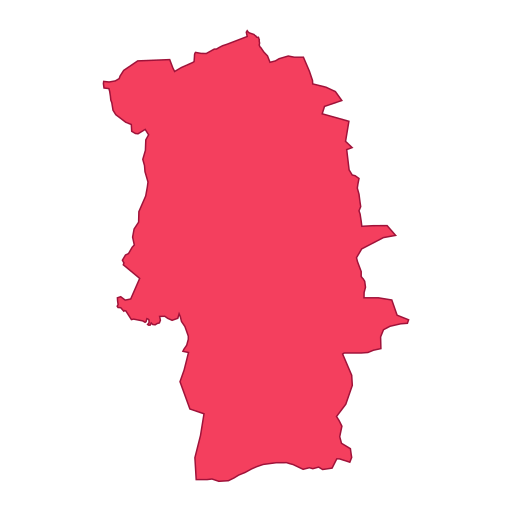 Song, Adamawa, Nigeria (Albers equal-area conic projection), rotated 90°
{"feature_id": "59680162B82996162763265", "entity_name": "Song", "entity_type": "district", "adm_level": 2, "iso_a3": "NGA", "parent_name": "Nigeria", "parent_adm1": "Adamawa", "projection": "albers", "projection_center": [12.591, 9.831], "detail": "fine", "context": "isolated", "style": "filled", "palette": "rose", "viewbox_px": 512, "rotation_deg": 90, "n_neighbors": 0, "source": "geoboundaries", "source_scale": "gbopen_adm2", "svg_char_len": 3158}
<svg xmlns="http://www.w3.org/2000/svg" viewBox="0 0 512 512"><g transform="rotate(90 256 256)"><path d="M264.8,388.7L278.4,372.3L299.0,381.3L300.1,386.8L296.7,391.3L297.8,394.6L300.9,394.4L304.6,393.9L306.2,394.8L307.5,394.0L307.7,391.3L311.2,388.2L310.6,387.4L311.0,386.1L319.6,380.6L319.1,378.4L320.9,369.3L322.3,366.9L321.6,365.9L318.6,365.1L318.9,364.2L319.8,363.1L322.5,362.9L324.5,364.4L325.2,363.3L325.1,361.8L323.0,360.8L324.5,359.3L324.8,356.8L323.6,355.0L322.9,352.6L320.2,351.6L316.4,352.4L316.3,347.2L318.4,344.2L320.3,339.9L318.3,334.2L313.8,332.9L316.6,331.7L321.5,330.5L326.5,327.1L330.4,325.7L336.1,323.7L339.3,323.7L345.2,325.3L349.4,328.2L351.3,329.1L352.5,323.5L354.9,324.1L360.6,325.5L370.1,327.9L381.7,332.0L409.0,322.1L413.8,308.0L435.5,311.5L457.7,317.1L479.6,315.8L479.6,305.0L479.0,300.0L481.3,293.2L480.7,283.6L477.9,277.9L475.1,273.4L472.3,266.6L468.9,260.4L466.7,255.4L464.8,249.9L464.4,248.6L462.7,235.6L462.7,227.7L462.6,225.6L463.7,222.1L464.5,219.0L469.3,208.9L467.7,202.6L468.7,199.2L467.1,193.4L469.5,189.4L468.1,179.9L458.8,175.2L458.9,172.4L460.3,168.1L460.5,167.3L461.4,164.6L462.2,162.2L457.4,160.3L454.5,160.8L448.7,161.6L443.3,170.5L436.7,172.3L426.2,170.1L420.6,172.9L416.5,175.5L404.2,166.2L385.4,159.7L375.3,160.3L354.0,169.4L353.0,167.8L353.0,166.3L353.0,160.5L353.0,150.9L352.5,144.1L350.2,138.5L348.6,131.1L336.9,131.4L329.7,128.5L326.3,122.1L323.8,111.3L323.3,104.6L319.8,103.4L315.2,114.9L309.5,116.9L300.0,120.2L297.8,133.6L297.8,148.0L292.5,147.9L287.2,146.5L281.3,147.3L278.9,148.8L278.1,149.6L276.5,150.8L271.6,150.8L261.4,154.6L257.7,155.5L248.9,150.3L237.6,128.6L235.4,116.4L225.6,124.9L225.7,139.1L226.3,150.2L221.3,150.8L214.1,151.9L210.8,153.0L206.6,151.3L202.0,152.0L194.2,153.0L188.1,154.7L184.1,154.1L178.5,153.0L175.7,156.9L175.0,159.8L169.9,162.9L149.6,165.3L147.6,159.9L141.3,166.5L140.5,166.3L121.3,163.1L113.8,189.8L106.4,187.5L100.5,170.2L91.6,176.6L87.2,186.0L83.9,199.3L80.4,199.5L71.2,202.6L57.2,208.6L57.2,217.7L56.1,223.3L56.0,223.7L58.7,232.9L60.9,236.6L62.3,242.0L55.9,244.5L52.0,248.2L47.6,251.2L46.8,252.1L45.0,252.8L43.1,252.4L41.0,252.8L39.6,252.7L38.5,253.3L38.1,253.2L37.8,253.6L37.3,253.7L37.4,254.1L37.2,255.1L37.2,255.3L36.9,255.6L36.7,255.8L36.3,255.9L35.9,256.3L35.4,257.2L34.5,258.0L32.9,262.6L32.3,263.6L30.7,264.8L32.2,265.7L36.5,264.8L44.0,284.3L44.5,285.7L45.7,289.4L47.4,292.7L49.1,295.6L49.1,297.8L53.5,305.7L53.4,311.0L52.5,315.9L52.4,316.5L53.0,316.9L53.6,317.2L55.0,317.5L55.9,317.5L61.6,317.9L62.5,319.3L67.5,330.6L71.5,337.4L70.6,337.8L68.1,339.1L59.6,342.3L60.9,374.3L63.2,377.7L70.4,388.3L76.0,391.9L78.6,392.8L80.9,396.7L82.0,402.9L81.4,408.3L83.6,408.6L88.0,408.0L88.6,403.1L91.5,402.3L96.1,401.6L100.1,401.2L102.7,400.2L110.2,399.0L114.7,396.2L122.3,386.2L124.5,380.7L131.3,380.3L133.5,376.6L133.8,374.0L129.4,366.8L134.8,363.4L139.9,366.2L150.4,366.6L159.3,369.2L160.5,368.9L165.5,367.5L171.7,367.0L182.0,364.0L187.2,364.7L194.4,366.0L196.0,366.3L211.6,373.1L222.2,373.4L229.0,377.9L237.1,379.4L245.0,377.7L247.2,379.8L253.1,383.2L253.8,383.9L255.0,386.5L260.2,389.6L262.9,388.1L264.8,388.7Z" fill="#f43f5e" stroke="#9f1239" stroke-width="1.5"/></g></svg>